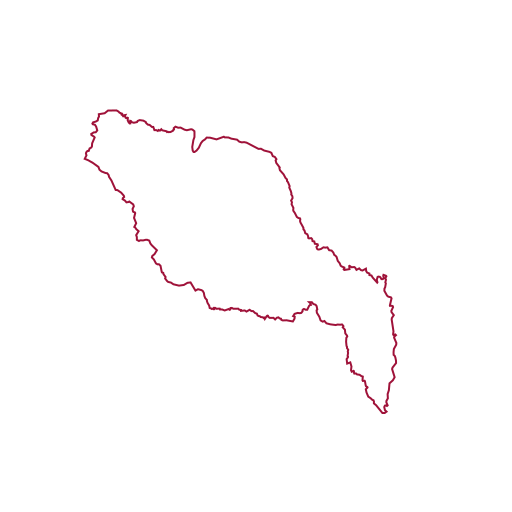 outline of La Paz, Santander, Colombia, rotated 152°
{"feature_id": "7082276B35281829421288", "entity_name": "La Paz", "entity_type": "district", "adm_level": 2, "iso_a3": "COL", "parent_name": "Colombia", "parent_adm1": "Santander", "projection": "robinson", "projection_center": [-73.636, 6.235], "detail": "fine", "context": "isolated", "style": "outline", "palette": "rose", "viewbox_px": 512, "rotation_deg": 152, "n_neighbors": 0, "source": "geoboundaries", "source_scale": "gbopen_adm2", "svg_char_len": 6127}
<svg xmlns="http://www.w3.org/2000/svg" viewBox="0 0 512 512"><g transform="rotate(152 256 256)"><path d="M321.3,231.8L320.1,230.6L320.0,230.1L319.2,230.0L318.6,229.0L318.2,228.9L317.8,229.5L317.5,228.9L316.8,229.6L316.4,229.4L315.6,227.9L313.1,226.8L312.7,226.5L312.9,225.7L311.0,224.7L309.2,222.6L305.0,222.0L304.6,220.9L304.2,220.8L303.5,221.1L302.9,222.0L301.7,221.5L300.8,220.1L296.4,217.8L296.0,216.4L294.6,215.4L295.0,214.6L291.5,213.2L290.5,211.4L286.9,211.5L285.9,209.5L284.5,208.8L283.5,205.9L282.3,204.7L282.5,202.7L281.8,201.7L281.0,201.2L280.5,199.9L278.6,198.6L278.4,197.6L277.5,197.6L277.7,196.3L274.7,197.9L273.9,198.0L273.5,197.6L273.7,196.6L273.0,195.0L269.6,193.2L268.9,191.0L266.6,191.7L265.0,191.3L264.5,189.8L263.4,188.9L263.6,187.8L262.7,186.6L259.2,184.9L254.2,180.9L251.4,182.6L250.3,184.3L251.4,185.5L249.1,186.8L246.0,186.2L244.1,184.9L242.7,184.5L240.9,185.3L240.3,186.4L239.1,186.8L238.5,186.7L237.2,185.1L236.0,184.5L232.6,187.0L231.3,187.4L230.5,187.1L230.2,188.7L230.7,190.2L228.4,189.0L227.9,186.7L226.3,185.0L226.0,183.3L227.0,180.0L228.0,179.6L228.9,177.3L228.6,172.6L229.2,168.9L229.0,168.4L227.9,166.7L226.1,166.5L225.4,163.5L222.5,160.8L218.0,157.6L216.2,157.2L213.7,155.7L212.2,155.2L211.7,153.4L211.8,152.9L212.9,152.3L212.1,149.2L213.5,145.7L213.0,143.0L213.2,142.1L214.6,141.4L216.7,138.0L218.3,134.1L218.3,133.0L218.9,132.0L218.6,129.9L219.8,128.6L220.2,127.2L222.1,124.7L222.0,124.0L222.4,123.4L224.4,122.4L226.0,118.2L222.7,117.8L223.6,113.6L225.7,110.6L225.8,108.9L223.8,108.8L223.6,108.3L224.3,107.0L224.4,106.0L222.9,105.4L222.4,104.0L220.3,102.5L219.4,100.6L218.3,99.4L220.3,96.3L220.3,95.5L218.7,94.9L218.6,94.3L219.9,90.2L220.0,89.3L219.2,88.1L219.3,87.5L221.6,86.8L222.5,83.6L222.9,79.1L221.6,76.7L220.8,74.3L220.0,73.5L220.2,72.1L221.1,70.5L220.0,67.9L218.1,58.0L216.2,57.0L213.8,57.3L214.5,59.4L213.7,62.4L212.4,63.4L211.4,63.1L210.8,62.1L209.9,62.3L209.6,65.7L208.9,66.8L206.4,68.4L204.6,72.3L201.7,75.1L197.9,80.9L193.5,82.0L190.5,83.9L188.9,92.3L187.8,93.4L182.6,95.7L181.5,97.9L180.6,101.0L180.4,102.7L180.9,104.1L179.7,106.5L177.9,109.2L173.9,111.8L172.9,113.3L172.4,119.1L171.5,119.9L169.6,120.4L169.9,121.4L171.7,121.6L171.7,122.5L170.0,124.9L166.0,136.3L165.2,137.4L162.1,139.1L162.7,142.8L162.3,144.0L159.0,146.5L158.8,147.5L159.5,148.3L161.1,149.1L161.0,149.5L156.2,155.0L156.3,156.2L158.3,158.0L158.9,159.5L159.0,165.0L157.9,166.9L156.7,167.7L154.2,170.9L154.2,172.0L152.4,174.0L152.2,175.7L150.4,176.9L150.5,177.5L152.3,179.5L152.9,178.9L153.7,176.2L155.0,176.1L156.1,176.7L156.2,178.9L156.5,179.5L157.7,180.4L158.5,180.4L160.6,178.2L161.1,175.8L161.5,175.6L163.1,182.2L163.2,184.6L164.8,185.9L164.1,187.3L165.7,189.2L165.8,190.9L164.9,193.2L168.8,193.2L170.0,194.3L170.7,196.6L173.8,196.6L173.9,199.1L174.4,200.1L176.9,201.2L178.0,203.4L178.4,203.4L179.6,200.5L184.6,202.2L184.8,203.2L183.6,203.8L183.4,204.3L185.3,206.6L185.8,207.7L185.5,210.3L186.1,213.3L185.3,217.3L185.7,219.0L186.4,220.3L186.1,222.7L186.7,225.3L188.7,226.8L188.9,230.1L190.8,230.8L192.4,232.0L195.3,231.7L197.5,232.2L198.4,232.9L198.7,233.7L198.4,235.6L196.3,236.4L196.1,237.5L198.3,239.2L197.7,241.5L199.1,242.6L198.5,244.5L198.8,245.8L201.0,246.7L201.4,247.4L200.7,249.0L200.5,251.1L201.8,253.0L201.2,255.8L201.6,257.2L200.9,258.7L201.0,264.7L200.7,266.2L199.6,267.7L199.5,268.6L200.7,269.6L201.6,271.3L201.5,275.9L201.8,278.1L201.6,279.1L200.4,280.9L200.3,285.0L199.0,286.6L199.0,288.4L196.6,289.9L196.1,290.9L195.8,292.1L196.0,293.8L195.3,294.7L194.8,296.9L194.5,300.8L193.5,301.9L193.1,306.2L193.4,307.7L192.7,309.1L193.3,311.0L193.3,315.1L194.6,320.5L194.0,322.8L193.5,323.1L194.4,328.6L193.8,331.2L192.5,331.9L192.5,332.2L192.9,334.7L194.3,336.3L194.0,339.9L195.2,341.6L199.3,345.3L201.3,348.4L203.5,349.4L211.1,360.5L213.0,362.1L215.2,363.0L217.1,364.8L218.1,367.6L222.7,371.2L224.7,373.6L227.9,375.4L228.4,376.4L236.1,377.5L241.1,382.1L244.0,383.7L246.2,382.9L249.1,382.6L251.6,381.5L255.7,378.4L259.0,377.0L261.5,376.7L262.3,377.2L262.4,378.8L261.1,382.2L256.9,387.7L254.5,389.9L252.1,394.4L251.8,395.2L252.8,397.5L253.8,398.4L258.0,399.5L259.8,401.1L262.3,404.8L264.5,405.8L266.4,408.0L268.6,407.5L269.0,406.2L269.8,406.2L270.4,405.6L273.3,405.6L275.2,406.5L275.6,407.2L276.4,407.2L276.7,408.4L279.8,411.0L280.1,412.4L282.0,411.8L282.8,413.0L284.0,412.5L284.9,413.9L286.6,414.8L286.1,418.2L287.3,418.8L288.4,421.7L289.7,422.6L290.6,424.9L290.4,426.0L291.9,428.4L294.9,430.6L297.1,430.8L298.2,430.1L301.3,431.0L302.8,432.4L303.1,434.0L303.6,434.4L304.8,432.1L305.3,432.3L305.7,433.7L305.6,436.0L304.3,438.1L304.6,438.5L305.9,438.7L306.2,439.3L306.0,441.2L305.1,441.8L306.0,442.1L307.0,441.4L307.7,441.7L307.7,442.8L308.1,443.5L307.4,443.9L307.5,444.6L308.3,444.9L308.4,445.8L309.2,446.5L309.6,448.1L310.8,450.0L318.4,453.9L322.6,453.1L328.2,455.0L329.2,452.8L330.6,451.9L332.1,450.0L334.3,449.9L337.1,450.5L338.3,449.7L338.2,448.9L336.6,447.5L336.4,445.3L337.2,441.4L339.4,440.5L341.3,441.3L344.2,441.1L344.5,440.1L342.9,437.3L342.8,436.4L347.8,432.4L349.4,429.8L350.5,429.1L352.4,429.1L354.4,427.3L355.5,427.9L357.3,427.2L358.1,426.2L358.4,424.5L361.6,422.2L359.4,419.6L356.4,414.9L353.3,408.6L353.7,405.7L352.7,403.2L350.0,400.0L348.5,398.9L348.1,396.5L348.6,395.0L348.2,390.5L348.9,380.2L347.4,379.2L345.3,375.2L344.4,371.3L344.7,370.0L346.4,369.6L347.1,368.8L345.7,366.5L345.2,364.2L343.2,363.5L342.3,363.6L340.2,359.2L340.5,357.3L342.9,355.5L343.7,353.1L343.6,352.5L342.5,351.4L342.5,350.6L345.8,346.9L346.4,341.2L349.8,338.8L349.3,338.0L349.1,335.9L348.0,333.0L352.0,330.7L352.3,328.7L353.6,326.2L352.3,324.2L350.9,324.2L348.2,322.7L345.8,322.1L344.6,321.5L343.0,319.7L343.4,316.7L343.0,314.5L340.8,307.6L344.7,305.3L347.6,304.7L348.6,303.6L347.8,300.9L347.8,296.4L346.9,294.9L345.6,294.3L344.9,292.2L346.7,286.2L346.7,285.6L345.8,284.7L346.2,283.3L345.7,279.9L346.8,278.8L346.2,275.4L345.7,274.3L343.6,272.5L342.2,269.8L337.9,266.0L333.3,264.3L329.1,264.5L326.2,263.4L325.7,253.9L322.8,253.9L320.1,251.4L319.4,250.0L319.4,247.8L320.3,245.1L320.6,242.7L320.0,240.2L320.5,239.3L320.8,237.1L320.6,234.3L321.3,231.8Z" fill="none" stroke="#9f1239" stroke-width="2"/></g></svg>